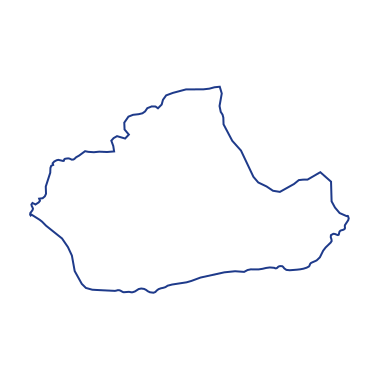 the Voivodeship of Podlachian, rotated 96°
{"feature_id": "POL-3150", "entity_name": "Podlachian", "entity_type": "Voivodeship", "adm_level": 1, "iso_a3": "POL", "parent_name": "Poland", "parent_adm1": "", "projection": "albers", "projection_center": [22.977, 53.341], "detail": "fine", "context": "isolated", "style": "outline", "palette": "blue", "viewbox_px": 384, "rotation_deg": 96, "n_neighbors": 0, "source": "natural_earth", "source_scale": "10m", "svg_char_len": 2521}
<svg xmlns="http://www.w3.org/2000/svg" viewBox="0 0 384 384"><g transform="rotate(96 192 192)"><path d="M201.8,33.4L203.7,33.7L208.9,36.4L209.8,36.5L211.8,36.1L212.7,36.3L213.6,37.3L214.1,38.4L214.5,39.6L215.1,40.5L216.1,41.2L219.1,41.6L219.6,42.4L219.3,43.8L218.8,45.5L218.8,47.1L220.4,49.3L222.4,49.3L224.4,48.4L226.2,48.0L227.8,48.8L233.2,53.3L236.6,55.4L243.6,58.0L245.4,59.5L247.0,60.9L247.8,62.2L249.5,65.2L250.3,66.4L251.2,67.0L253.1,67.5L253.9,68.0L255.3,70.1L256.6,73.1L257.6,76.4L258.3,79.6L259.6,86.6L259.6,90.0L258.3,92.3L257.3,93.2L256.8,93.8L256.4,94.4L256.4,96.0L256.7,97.4L257.4,98.5L258.4,99.2L258.9,99.9L259.2,100.7L259.1,101.5L258.8,102.4L258.9,106.7L259.8,110.4L261.0,113.8L262.0,117.6L262.8,125.5L263.8,128.6L266.0,131.8L266.3,140.9L268.5,151.4L276.2,174.6L280.5,183.3L282.4,188.0L286.1,202.1L287.7,206.4L289.4,208.5L290.3,210.6L291.0,212.8L292.1,215.1L293.7,216.8L295.3,218.0L296.2,219.8L296.1,223.4L295.3,225.6L294.2,227.4L293.4,229.5L293.3,232.4L294.1,234.9L296.9,238.4L297.9,240.6L298.1,241.8L297.9,243.6L297.9,244.5L298.7,248.7L298.8,249.9L298.5,250.8L297.6,252.8L297.3,254.0L297.4,255.6L297.8,256.5L298.1,257.3L298.4,258.4L299.4,276.5L299.6,281.0L298.5,287.5L294.9,292.0L282.9,300.4L267.8,304.8L259.8,309.6L251.8,316.4L240.8,333.6L237.1,338.1L235.5,340.7L231.2,349.4L231.5,349.5L232.2,350.0L231.5,350.6L229.8,350.6L226.9,348.8L225.3,348.4L224.0,349.0L222.7,349.9L221.2,350.4L219.6,349.5L219.9,348.8L220.4,347.2L220.8,346.4L218.3,343.3L216.6,342.3L214.6,343.3L213.8,339.9L211.7,337.9L209.0,337.0L201.9,338.0L187.7,335.0L182.8,335.3L180.6,334.7L179.6,332.9L178.0,333.6L176.1,332.2L174.6,330.0L174.0,328.3L174.6,323.4L174.3,322.7L173.0,322.5L172.3,321.8L171.9,320.5L171.5,318.6L171.6,317.3L172.0,316.1L172.4,314.9L172.1,313.4L171.5,312.5L169.5,310.8L167.6,308.1L162.6,302.6L162.9,299.4L162.7,293.8L161.6,288.5L161.1,280.7L159.8,273.7L154.5,275.1L149.4,277.6L146.6,275.6L144.3,272.4L145.8,264.1L141.5,260.8L136.9,265.6L130.1,266.6L123.7,263.1L121.4,258.7L120.2,253.2L118.9,249.5L116.8,247.1L113.3,245.2L111.1,241.0L110.8,237.2L112.3,234.6L108.2,231.3L103.3,230.5L98.6,227.8L95.4,221.3L90.6,208.7L88.7,191.4L87.4,185.5L85.5,180.6L84.4,175.4L90.9,172.7L103.6,173.6L109.3,171.8L111.9,169.7L114.8,168.6L121.4,167.7L136.9,157.3L145.7,147.6L170.5,132.5L175.6,127.1L178.7,118.4L182.3,111.6L182.7,104.6L173.4,91.4L169.0,87.0L168.1,82.9L167.6,78.4L158.9,66.5L167.2,54.8L186.7,52.2L192.5,48.2L197.5,43.0L199.8,35.8L199.5,34.7L199.6,34.4L201.8,33.4Z" fill="none" stroke="#1e3a8a" stroke-width="2"/></g></svg>